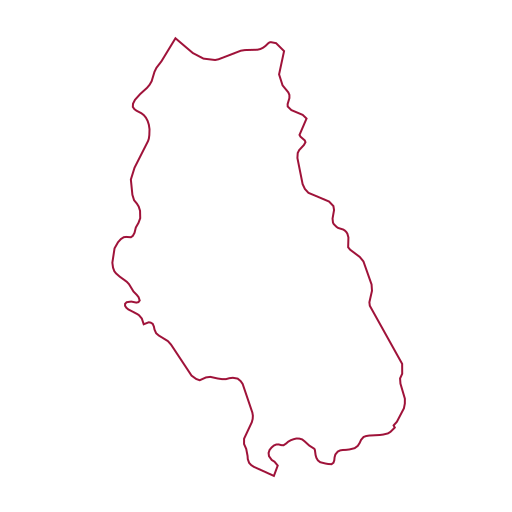 Haute-Saône, Natural Earth projection, rotated 268°
{"feature_id": "FRA-5301", "entity_name": "Haute-Saône", "entity_type": "Metropolitan department", "adm_level": 1, "iso_a3": "FRA", "parent_name": "France", "parent_adm1": "", "projection": "natural_earth1", "projection_center": [5.999, 47.635], "detail": "fine", "context": "isolated", "style": "outline", "palette": "rose", "viewbox_px": 512, "rotation_deg": 268, "n_neighbors": 0, "source": "natural_earth", "source_scale": "10m", "svg_char_len": 2714}
<svg xmlns="http://www.w3.org/2000/svg" viewBox="0 0 512 512"><g transform="rotate(268 256 256)"><path d="M108.2,399.8L103.3,399.6L98.6,398.5L85.4,391.0L81.9,387.6L79.7,388.7L75.6,384.3L74.1,381.7L73.1,376.8L72.8,373.6L72.6,362.8L72.2,359.7L71.4,357.2L68.6,354.6L65.6,353.1L62.7,351.1L60.5,347.9L59.4,342.6L59.1,339.0L59.1,336.0L58.8,333.4L57.7,330.9L54.9,328.4L52.0,327.5L49.1,327.1L46.7,326.2L45.3,324.2L45.6,320.9L46.2,318.1L47.7,312.9L49.6,310.7L52.2,309.3L55.0,308.6L59.9,308.1L60.9,307.8L61.4,307.4L64.7,302.6L69.1,298.1L71.1,295.7L72.0,292.9L72.2,290.0L71.6,287.2L70.7,284.4L69.3,281.7L67.5,279.5L65.9,276.9L66.1,274.6L66.9,272.1L66.9,269.7L66.0,267.3L64.1,264.9L61.7,262.8L58.7,261.7L55.5,262.0L51.6,264.6L49.8,267.3L45.8,270.4L35.6,266.2L45.3,246.6L47.2,243.9L49.5,241.9L53.3,240.7L56.4,240.6L63.5,239.5L68.5,237.5L73.8,237.7L90.0,246.0L93.3,247.0L96.5,247.3L99.6,246.9L128.6,238.2L131.5,236.3L134.1,233.4L135.1,228.6L134.8,225.1L134.0,221.7L134.1,217.9L134.9,213.5L136.8,206.1L136.4,201.8L133.8,195.4L135.2,191.9L138.7,187.4L170.4,168.0L174.0,165.0L179.9,156.1L182.3,153.5L186.0,152.0L189.0,151.5L191.8,150.4L193.1,148.4L193.5,146.5L191.7,141.4L197.5,139.7L200.9,137.0L202.0,135.5L207.1,126.5L208.8,124.6L210.8,123.4L212.8,123.5L214.3,125.1L214.6,127.3L214.8,129.8L213.6,134.8L214.0,136.9L215.6,138.2L219.0,137.2L221.3,135.5L224.8,132.3L232.3,128.1L234.7,126.0L240.2,119.0L243.5,115.5L245.7,113.9L249.4,112.7L254.3,112.2L268.6,114.9L274.6,118.6L277.6,121.5L279.4,124.5L279.6,127.0L279.1,131.6L280.4,133.6L283.4,135.4L288.7,136.9L293.2,139.7L297.8,141.6L305.2,141.7L309.5,140.5L312.5,138.8L316.0,136.1L321.5,134.6L336.8,133.6L348.5,137.7L374.6,152.1L377.0,153.0L380.5,153.6L386.4,154.0L390.9,153.5L394.8,152.4L398.1,150.8L400.7,148.8L402.7,146.4L405.4,141.6L407.0,139.6L409.3,138.1L412.5,138.4L416.3,140.5L421.9,145.9L427.9,153.0L430.8,155.6L434.3,157.8L443.7,161.0L447.6,163.1L453.9,168.3L476.4,183.1L461.0,200.0L455.1,210.4L453.3,222.0L453.9,225.4L461.7,248.0L462.2,252.2L462.1,264.6L462.7,267.6L463.9,270.3L465.6,272.8L468.3,275.8L469.0,277.0L469.2,278.3L468.0,283.5L459.8,291.2L436.7,285.4L425.6,288.5L418.4,294.0L415.8,295.0L412.7,294.9L406.7,292.9L404.3,292.9L400.6,296.4L395.4,307.6L391.6,311.3L375.5,303.7L373.7,304.6L369.8,308.8L368.0,309.4L365.3,307.8L360.4,302.9L357.5,301.3L352.5,300.8L326.2,305.1L321.3,307.2L317.3,310.6L307.9,330.9L303.2,335.1L299.2,335.6L290.7,333.8L286.7,334.1L285.2,334.8L282.3,337.5L281.2,339.0L279.4,344.1L278.3,345.7L276.8,347.1L275.1,348.1L271.3,349.0L261.5,348.4L259.0,350.3L251.4,359.7L246.8,363.2L223.5,370.5L217.2,370.7L205.8,367.7L202.3,368.0L143.1,398.3L133.2,398.0L128.6,395.7L123.4,395.9L108.2,399.8Z" fill="none" stroke="#9f1239" stroke-width="2"/></g></svg>